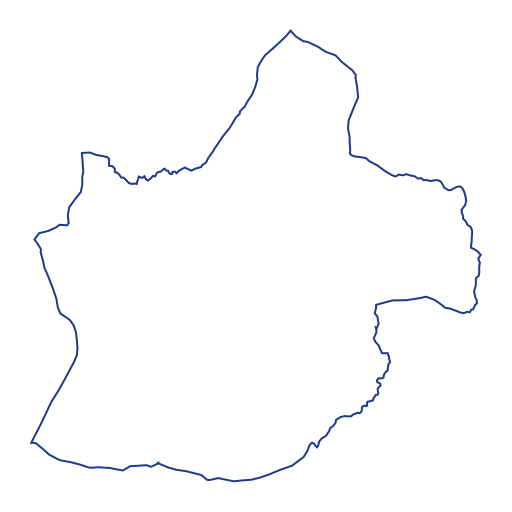 Iringa Urban, Iringa, United Republic of Tanzania, rotated 180°
{"feature_id": "72390352B98765493528957", "entity_name": "Iringa Urban", "entity_type": "district", "adm_level": 2, "iso_a3": "TZA", "parent_name": "United Republic of Tanzania", "parent_adm1": "Iringa", "projection": "robinson", "projection_center": [35.688, -7.748], "detail": "fine", "context": "isolated", "style": "outline", "palette": "blue", "viewbox_px": 512, "rotation_deg": 180, "n_neighbors": 0, "source": "geoboundaries", "source_scale": "gbopen_adm2", "svg_char_len": 5067}
<svg xmlns="http://www.w3.org/2000/svg" viewBox="0 0 512 512"><g transform="rotate(180 256 256)"><path d="M430.0,357.8L430.0,357.7L428.7,340.2L429.8,335.1L429.7,327.4L431.2,319.9L436.9,312.8L442.8,304.8L444.2,296.6L443.3,289.2L444.8,286.7L452.3,287.2L452.5,287.2L456.1,284.5L463.7,281.1L467.1,280.2L472.9,278.8L477.3,272.8L477.5,272.5L474.9,268.9L471.1,262.9L471.3,259.5L469.1,251.6L467.5,244.1L464.3,236.9L459.6,224.9L455.7,213.6L454.1,204.2L451.5,198.4L442.9,192.6L441.8,191.5L438.2,186.3L436.0,179.3L435.0,171.0L434.6,163.0L435.2,156.7L437.6,150.8L447.4,132.4L453.7,121.2L460.8,109.9L463.1,105.0L470.3,89.6L477.7,75.2L479.1,72.5L480.6,69.5L480.7,69.1L479.7,69.3L478.6,69.2L476.0,68.7L474.7,67.6L469.1,63.0L463.0,57.5L456.3,53.9L452.4,51.9L441.2,49.8L440.6,49.7L432.1,47.4L422.5,44.3L418.7,44.3L414.1,44.8L402.3,44.0L389.1,41.5L381.8,45.8L380.3,45.9L374.8,46.2L370.9,46.5L365.4,46.8L360.9,45.2L358.1,46.5L354.0,48.6L354.0,48.8L353.8,48.7L353.7,48.8L353.7,48.6L352.6,48.2L343.7,44.5L335.6,42.2L326.2,40.9L310.7,37.0L304.9,32.1L304.0,32.1L302.3,32.0L293.8,33.9L285.1,32.1L278.2,30.7L269.4,31.6L260.6,32.3L252.4,34.3L251.6,34.5L249.4,35.3L243.0,37.5L233.6,41.4L231.6,42.3L226.9,43.9L221.4,45.8L220.3,46.1L219.6,46.6L213.2,51.4L208.2,55.2L204.5,61.3L202.7,66.1L201.8,67.7L200.0,69.3L198.0,68.5L196.4,66.0L195.0,64.7L193.9,66.1L192.8,70.4L192.3,70.9L192.2,71.2L191.1,72.6L190.3,73.6L186.1,76.1L182.8,80.9L181.9,83.8L178.6,86.2L176.4,89.3L176.1,91.9L171.6,94.9L167.4,95.9L165.8,95.8L163.6,95.6L160.8,95.7L159.3,97.2L157.7,98.0L155.7,98.6L154.5,99.4L152.6,98.7L151.7,99.2L150.3,101.0L150.1,102.9L150.1,104.8L148.7,106.0L147.2,106.4L145.8,105.8L144.9,106.3L144.9,107.6L145.1,108.9L144.4,110.3L142.9,110.5L141.4,111.1L140.2,111.4L139.4,111.3L138.6,112.6L138.6,113.9L137.4,115.1L136.9,116.0L136.3,117.2L134.5,117.2L133.6,119.1L134.1,120.8L134.3,122.4L134.3,123.5L133.1,124.8L131.6,126.3L131.5,127.7L132.3,128.7L133.4,129.2L134.7,129.9L135.1,131.5L133.5,133.8L131.2,133.5L128.5,134.3L128.2,136.6L127.3,138.7L127.1,138.9L126.1,140.2L124.3,141.7L124.1,144.5L123.5,148.0L121.9,149.6L122.3,151.1L123.1,154.0L123.0,155.8L123.9,157.0L124.3,158.8L130.1,158.8L132.8,165.3L133.3,166.6L136.7,170.2L138.2,173.7L135.6,179.7L135.7,182.1L136.2,184.3L135.3,183.6L133.4,188.5L134.1,192.1L134.1,192.5L134.7,195.7L137.3,198.6L136.0,203.7L135.9,207.1L132.2,208.2L119.3,211.6L105.6,211.8L92.2,213.9L85.9,215.3L77.6,212.2L71.8,208.2L66.6,204.1L62.8,203.7L54.6,200.7L51.5,199.4L48.0,198.9L44.8,200.2L42.1,199.7L42.0,199.9L40.7,202.4L39.7,202.5L39.2,202.6L38.9,202.6L38.3,204.0L36.9,206.9L35.1,208.6L35.3,211.8L36.7,214.7L37.3,217.7L37.9,220.5L37.1,223.8L36.3,226.3L36.1,229.7L36.1,233.7L33.3,236.2L32.7,239.5L32.8,242.8L32.8,244.6L32.8,244.8L32.8,245.3L32.1,249.2L33.7,253.1L33.8,253.3L33.7,253.5L31.3,257.1L34.1,260.3L37.3,262.6L40.9,264.2L41.0,264.3L41.0,264.5L40.9,267.2L40.3,270.6L40.3,274.0L39.9,277.6L39.9,281.5L41.3,285.1L43.5,286.4L44.6,287.2L46.2,290.6L49.0,293.5L48.8,295.8L50.3,299.5L50.2,300.7L50.2,302.0L50.5,302.2L46.8,306.9L45.9,310.8L46.0,311.3L46.1,312.5L46.2,314.1L47.4,318.8L48.6,321.9L49.9,324.1L52.1,325.6L54.9,325.2L58.9,323.3L60.9,321.9L63.5,321.8L65.6,323.0L67.1,323.9L67.6,324.2L68.5,325.9L69.4,327.5L69.8,328.3L71.4,330.6L74.5,331.9L78.3,331.6L81.7,330.9L84.9,331.9L85.3,331.9L88.6,331.9L90.6,333.9L94.1,333.4L97.5,335.8L101.5,336.5L105.8,337.8L109.1,336.7L113.2,337.4L116.4,335.5L120.0,336.8L120.4,337.0L125.8,340.2L126.8,340.8L134.7,346.6L142.7,350.8L144.1,352.1L146.0,353.9L152.3,355.0L157.0,355.5L160.1,356.5L161.7,358.0L162.0,358.3L161.8,362.4L162.3,369.0L162.4,375.0L163.0,378.6L164.0,383.7L163.7,387.1L163.7,387.4L163.4,391.4L158.5,403.8L153.9,414.5L154.8,424.6L156.5,434.2L156.6,434.5L156.1,436.9L159.7,441.7L169.9,449.8L176.4,456.6L185.8,460.0L190.3,462.7L193.6,465.0L204.1,470.0L208.9,470.9L216.1,475.5L218.8,478.4L220.0,479.7L221.5,481.3L225.8,476.0L232.1,470.0L238.8,463.8L246.9,456.8L250.3,451.9L254.2,444.9L254.6,440.8L254.7,440.5L254.7,440.2L254.8,439.4L255.0,436.9L254.6,432.4L257.0,424.4L259.9,417.6L262.6,413.4L264.9,410.0L267.2,405.5L267.5,404.9L268.8,404.0L272.1,400.6L272.2,398.3L275.9,394.7L279.3,389.1L282.1,384.4L289.7,374.9L291.6,371.9L297.8,362.8L299.1,360.4L299.7,359.6L300.7,358.2L300.9,358.1L301.0,357.9L301.3,357.4L301.5,357.1L303.3,354.7L304.8,351.9L305.8,349.9L307.4,348.3L309.6,347.2L310.8,345.0L315.1,343.8L317.5,343.0L320.6,341.3L327.2,344.5L333.1,341.2L335.3,338.8L336.6,340.0L338.3,340.4L339.5,340.1L339.9,338.2L341.4,337.9L343.2,339.4L343.8,341.1L345.0,341.3L346.4,341.9L347.2,343.3L348.5,342.9L351.0,340.5L354.8,339.5L356.9,335.6L359.1,336.1L361.6,333.2L363.5,332.0L364.4,331.5L365.2,332.2L366.1,332.9L367.6,335.8L369.9,334.1L372.1,334.9L373.1,335.3L373.1,335.2L374.2,332.1L375.4,328.0L377.8,328.5L378.0,328.4L379.2,328.1L379.9,328.0L383.1,328.9L383.4,329.2L383.8,329.7L385.5,331.6L388.4,334.4L390.6,334.4L392.9,337.5L394.6,339.2L397.2,339.9L397.2,343.3L399.6,345.9L402.8,346.1L403.0,348.5L402.8,352.9L404.3,354.6L408.2,355.7L415.8,357.1L422.2,359.5L430.1,359.0L430.0,357.8Z" fill="none" stroke="#1e3a8a" stroke-width="2"/></g></svg>